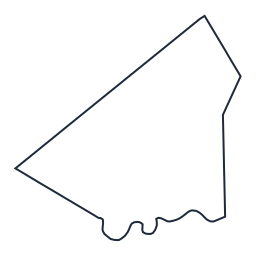 São Bernardo, Maranhão, Brazil
{"feature_id": "56859067B43626889758943", "entity_name": "São Bernardo", "entity_type": "district", "adm_level": 2, "iso_a3": "BRA", "parent_name": "Brazil", "parent_adm1": "Maranhão", "projection": "mercator", "projection_center": [-42.405, -3.29], "detail": "fine", "context": "isolated", "style": "outline", "palette": "slate", "viewbox_px": 256, "rotation_deg": 0, "n_neighbors": 0, "source": "geoboundaries", "source_scale": "gbopen_adm2", "svg_char_len": 1065}
<svg xmlns="http://www.w3.org/2000/svg" viewBox="0 0 256 256"><path d="M204.6,15.9L199.6,19.1L164.8,47.3L156.4,54.1L107.5,93.7L83.3,113.3L67.1,126.4L65.4,127.8L45.1,144.3L43.6,145.5L15.4,168.4L40.8,183.6L58.6,194.1L61.9,196.1L79.3,206.4L88.1,211.6L94.3,215.3L98.5,217.9L100.5,218.0L102.8,219.5L103.1,222.3L102.5,229.3L102.9,231.3L104.6,234.1L110.6,239.0L114.4,239.9L117.0,240.1L119.0,240.0L121.7,238.4L125.0,235.8L127.8,231.9L129.0,229.5L130.5,225.6L131.8,223.6L134.1,222.3L137.0,221.9L139.3,222.1L141.4,223.2L142.6,224.3L142.3,230.0L143.0,232.2L145.8,233.7L150.5,234.0L153.0,232.9L155.2,229.9L156.8,225.5L156.8,222.3L156.3,218.8L158.4,217.8L160.9,218.2L164.2,219.7L167.5,221.3L169.4,221.5L173.0,220.8L176.4,219.8L179.3,218.5L182.4,216.5L188.3,211.9L190.3,210.8L192.0,210.4L195.8,210.8L197.7,211.6L199.7,212.8L201.8,214.5L206.2,219.0L207.6,220.0L210.3,221.3L212.2,221.5L213.8,221.4L225.1,216.7L224.7,196.2L224.6,191.6L224.0,166.0L223.9,160.3L223.0,118.5L222.9,114.9L240.6,76.3L229.3,57.4L225.9,51.5L204.6,15.9Z" fill="none" stroke="#1e293b" stroke-width="2"/></svg>